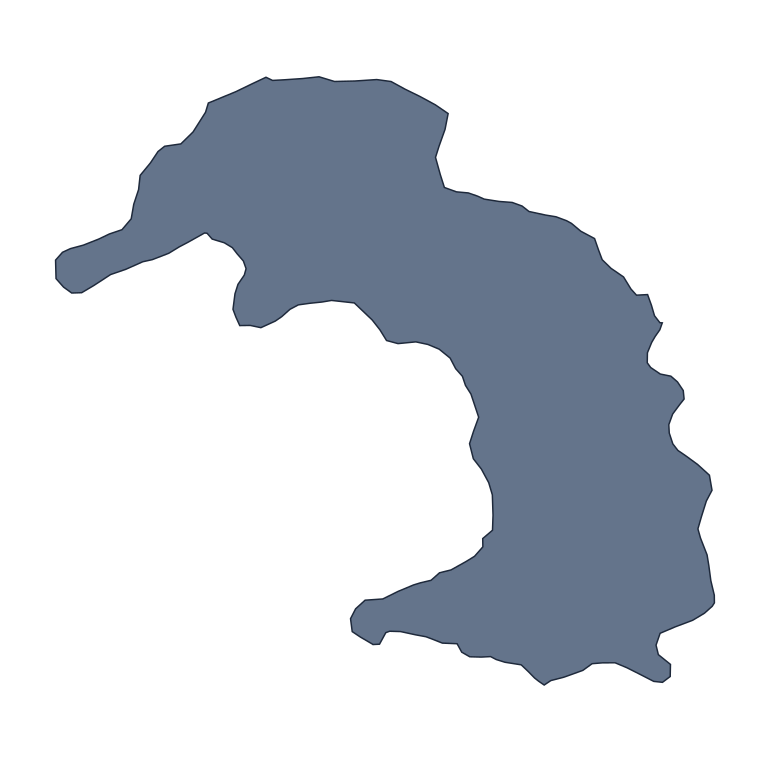 outline of Sabirabad District, Sabirabad, Azerbaijan, rotated 357°
{"feature_id": "54616110B21396185337631", "entity_name": "Sabirabad District", "entity_type": "district", "adm_level": 2, "iso_a3": "AZE", "parent_name": "Azerbaijan", "parent_adm1": "Sabirabad", "projection": "robinson", "projection_center": [48.66, 39.895], "detail": "fine", "context": "isolated", "style": "filled", "palette": "slate", "viewbox_px": 768, "rotation_deg": 357, "n_neighbors": 0, "source": "geoboundaries", "source_scale": "gbopen_adm2", "svg_char_len": 2712}
<svg xmlns="http://www.w3.org/2000/svg" viewBox="0 0 768 768"><g transform="rotate(357 384 384)"><path d="M282.2,71.5L268.5,77.1L251.1,84.4L223.3,94.2L220.0,103.3L206.5,122.3L193.7,133.6L177.4,135.1L170.5,140.0L162.3,151.0L151.4,162.9L149.1,177.0L143.5,191.4L140.2,205.8L130.4,216.2L117.6,219.8L106.5,224.4L91.0,229.6L77.9,232.4L69.7,235.7L69.5,236.0L62.5,243.1L62.0,261.6L66.7,267.5L69.1,270.5L76.9,276.8L86.9,277.0L99.3,270.5L116.7,260.4L132.3,255.9L149.5,249.3L159.1,247.7L175.9,242.2L186.8,236.3L195.7,232.2L212.7,223.8L215.2,224.2L220.0,230.3L231.9,234.6L239.7,239.9L244.3,246.5L250.0,253.8L252.3,261.6L250.2,267.9L243.4,276.8L239.9,286.1L237.1,301.5L239.6,309.4L243.0,318.1L253.5,318.5L264.0,321.3L278.7,315.5L285.4,311.4L294.0,304.5L302.6,300.5L314.3,299.5L326.3,298.9L336.0,297.8L358.6,301.5L363.9,307.1L375.6,319.5L382.7,329.6L388.8,340.7L400.1,344.4L418.0,343.6L429.9,346.8L440.9,352.1L451.4,361.6L456.4,372.5L462.7,380.4L465.3,389.7L470.3,398.6L476.8,422.1L470.9,436.0L466.3,448.1L469.3,463.3L476.8,474.1L483.4,488.0L486.4,500.4L486.0,520.8L484.7,535.7L474.5,543.5L474.2,551.8L465.4,560.8L456.2,565.8L441.1,573.2L429.6,575.4L420.7,582.5L410.2,584.4L403.0,586.2L387.3,591.8L371.5,598.6L353.8,598.9L343.9,607.0L338.3,616.6L339.3,629.6L347.2,635.5L358.9,643.2L359.3,643.6L365.9,643.6L372.8,632.4L376.7,631.2L387.6,632.1L402.3,636.1L412.7,638.6L418.2,641.0L428.7,645.8L443.4,647.2L447.6,655.9L455.4,660.9L466.9,661.8L476.2,661.8L481.6,665.0L490.2,668.2L506.2,671.6L506.6,671.9L513.2,678.9L519.0,685.5L523.0,689.0L528.2,693.0L535.1,688.9L547.9,686.3L550.7,685.5L567.6,680.4L577.2,674.2L587.6,673.9L600.2,674.5L611.8,680.1L625.6,688.0L637.8,695.1L646.5,696.5L654.5,691.1L655.4,679.0L643.8,668.6L642.0,659.0L646.7,647.4L662.0,641.8L679.9,636.1L692.1,629.6L700.2,623.1L702.5,619.8L702.8,612.2L700.1,597.5L698.9,582.5L697.7,571.6L692.0,554.4L689.9,545.1L694.1,533.0L699.8,517.7L706.0,507.3L704.2,492.1L693.1,480.9L682.1,471.9L674.0,465.7L669.3,458.9L666.3,447.9L666.3,439.5L670.7,429.1L677.9,420.4L682.9,414.7L682.5,406.2L677.2,397.3L670.9,391.2L660.4,388.5L651.2,381.5L648.0,376.6L648.7,366.6L653.5,356.5L657.3,350.7L662.3,344.3L665.1,337.5L662.7,337.2L657.7,330.0L655.2,319.4L651.9,308.5L640.8,308.5L635.6,302.1L628.8,289.6L616.8,280.4L608.4,271.3L605.2,261.2L601.9,249.8L588.5,241.7L579.6,233.4L574.9,230.5L564.5,226.0L554.0,223.7L537.8,219.3L531.2,213.5L521.5,209.4L508.4,207.7L493.7,204.6L487.3,201.3L478.2,197.6L466.4,195.9L454.6,190.9L451.2,177.9L447.3,160.4L451.5,149.2L458.3,132.9L462.2,117.3L449.9,107.9L434.7,98.6L420.5,90.7L406.9,82.3L392.7,79.6L370.7,79.9L350.4,79.3L335.2,73.8L318.7,74.7L299.6,75.0L298.3,75.0L288.6,75.0L282.2,71.5Z" fill="#64748b" stroke="#1e293b" stroke-width="1.5"/></g></svg>